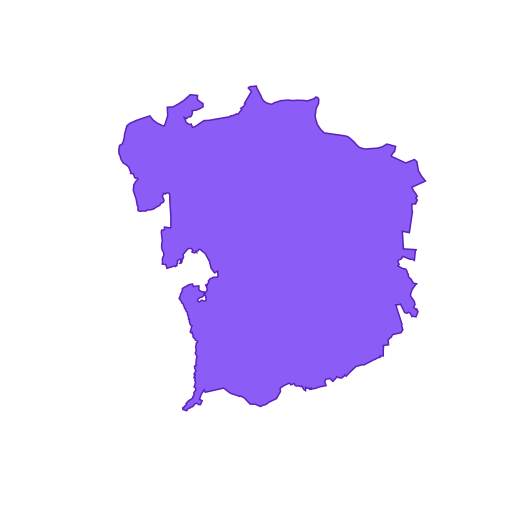 Uriu, Bistrita-Nasaud, Romania, rotated 204°
{"feature_id": "2599482B41912909280800", "entity_name": "Uriu", "entity_type": "district", "adm_level": 2, "iso_a3": "ROU", "parent_name": "Romania", "parent_adm1": "Bistrita-Nasaud", "projection": "albers", "projection_center": [24.088, 47.22], "detail": "fine", "context": "isolated", "style": "filled", "palette": "violet", "viewbox_px": 512, "rotation_deg": 204, "n_neighbors": 0, "source": "geoboundaries", "source_scale": "gbopen_adm2", "svg_char_len": 6122}
<svg xmlns="http://www.w3.org/2000/svg" viewBox="0 0 512 512"><g transform="rotate(204 256 256)"><path d="M331.4,406.3L327.1,404.5L328.6,391.0L327.8,390.9L328.1,387.9L329.9,384.7L328.6,384.3L330.1,378.4L330.6,378.0L331.4,378.1L334.1,375.0L336.1,373.7L337.3,371.8L338.2,371.0L338.5,371.3L354.3,360.7L358.6,358.6L364.1,349.7L366.4,347.6L368.8,350.2L370.1,349.0L374.0,349.6L377.9,353.4L375.2,353.3L374.6,355.1L373.7,356.3L372.4,356.5L372.0,358.0L372.2,360.6L373.4,362.8L370.1,364.8L367.3,367.7L365.0,370.8L366.5,373.7L369.5,374.1L373.3,375.2L374.7,378.9L381.7,376.6L385.0,369.1L389.0,362.9L392.6,358.3L397.6,355.9L393.7,348.2L392.6,338.0L393.7,337.1L400.8,337.2L405.6,338.5L410.0,340.8L420.6,331.1L425.2,325.8L426.9,322.5L425.7,314.2L424.5,310.4L423.8,306.4L424.0,303.5L425.6,301.6L424.7,297.6L422.6,293.4L421.4,292.7L418.4,289.2L415.2,287.0L411.5,286.5L408.3,285.4L405.9,282.8L404.5,281.9L404.3,280.5L403.9,280.4L401.4,281.2L398.8,278.3L397.6,278.1L396.5,279.0L395.2,278.4L396.1,275.5L396.6,271.5L394.8,266.0L388.6,259.2L384.9,253.7L383.8,253.2L382.7,250.1L381.9,249.4L379.4,249.9L378.2,250.9L374.8,252.3L373.7,254.3L372.8,254.4L370.5,255.7L369.4,256.6L368.9,257.5L368.4,257.6L367.2,259.8L364.6,263.0L364.3,264.0L364.6,264.5L364.4,265.2L362.5,267.6L362.6,269.1L363.2,270.1L365.8,272.4L366.0,275.7L364.1,275.7L363.2,277.4L360.8,278.0L359.5,276.3L358.4,274.2L358.1,273.1L349.8,257.3L345.7,248.3L345.5,246.9L351.4,245.2L350.5,242.9L350.9,242.1L352.7,241.3L352.3,239.4L347.5,231.2L347.3,229.3L345.7,225.4L344.2,223.4L342.3,222.0L341.0,220.4L340.4,218.5L340.6,216.6L340.1,214.6L338.9,212.4L338.4,210.5L334.8,211.5L332.4,208.5L326.0,214.0L325.4,213.6L324.3,215.2L325.2,216.4L324.7,217.3L325.0,218.3L326.0,219.5L324.8,221.4L323.6,222.5L322.8,221.1L322.5,218.4L321.5,219.1L321.3,221.0L321.8,221.9L321.7,225.3L322.1,226.2L323.1,227.1L323.1,228.2L321.1,234.9L319.1,236.3L318.0,236.3L315.9,235.7L316.3,233.8L315.4,233.5L313.3,234.0L312.7,234.8L311.7,235.0L312.8,235.7L311.6,237.2L311.2,237.1L310.7,238.8L310.2,239.4L303.2,237.5L296.2,232.0L292.1,226.6L287.0,223.7L285.0,226.5L282.3,221.9L283.3,220.6L285.9,219.5L288.6,216.6L289.4,214.0L288.4,212.0L289.2,210.2L288.6,209.4L288.6,208.9L290.7,209.4L288.2,207.3L287.0,205.8L286.8,203.6L287.4,202.3L287.1,199.7L285.1,198.4L285.0,197.7L283.8,195.8L283.7,194.4L284.9,193.7L287.7,193.6L289.0,191.0L291.1,191.0L291.3,192.1L290.8,194.7L288.3,196.8L287.8,198.0L287.7,199.4L288.1,201.2L288.6,202.0L289.1,202.1L290.1,201.5L293.6,201.4L294.9,202.6L295.3,204.0L296.1,205.5L300.7,202.7L302.6,204.6L305.7,202.4L309.8,196.8L310.0,195.9L309.1,194.1L309.4,190.1L308.8,188.4L309.1,186.9L308.8,185.9L308.4,186.1L308.0,185.4L306.3,184.5L304.5,182.9L302.8,182.5L302.4,181.7L300.6,180.2L300.1,179.2L299.3,179.0L297.1,177.0L296.3,177.0L295.4,175.9L294.5,174.3L293.2,173.5L292.0,170.9L290.9,170.8L290.4,169.2L288.7,167.1L287.3,166.2L286.2,166.3L285.3,161.0L285.4,160.3L284.9,159.7L284.4,159.5L283.5,160.3L283.0,160.0L283.0,159.4L282.5,158.9L281.3,158.3L280.9,156.9L280.0,156.0L278.6,155.7L276.8,154.5L274.6,154.4L274.5,152.9L275.1,152.2L274.4,149.5L273.8,147.7L272.5,146.2L272.4,145.3L271.9,144.4L272.0,142.6L270.8,141.5L269.1,140.6L268.4,136.6L267.6,135.3L267.3,133.6L266.9,133.2L266.6,132.1L266.0,131.6L267.3,130.6L267.3,130.2L266.5,128.7L264.2,126.6L264.6,123.5L264.2,122.5L263.2,122.9L263.1,122.5L263.3,120.0L263.1,119.5L262.0,119.9L261.2,117.3L259.9,116.1L259.6,114.0L259.1,113.3L259.1,112.6L259.5,111.4L257.2,110.4L256.4,109.0L257.0,107.3L257.2,105.8L256.0,103.7L256.4,102.4L256.2,100.0L258.6,96.5L259.9,92.8L259.3,92.5L259.2,90.9L260.2,89.8L260.2,88.4L261.0,88.0L261.1,87.3L260.5,86.2L259.4,86.1L256.4,86.5L255.9,89.1L254.3,90.5L254.2,91.2L252.6,92.6L252.2,93.5L252.0,95.3L251.2,96.7L249.9,97.3L247.6,97.0L246.3,97.6L246.3,102.0L249.3,102.0L249.8,107.2L248.9,112.7L246.9,110.9L231.8,122.2L224.7,120.4L222.1,120.3L215.0,121.1L214.3,120.8L213.2,121.6L209.5,121.8L201.1,118.3L196.5,120.3L190.8,120.3L188.5,122.8L186.9,124.0L185.5,126.1L185.1,127.2L179.3,134.1L178.5,142.2L180.2,144.9L178.0,148.7L174.2,153.1L173.7,153.4L171.7,152.5L169.2,155.1L167.8,153.7L166.3,153.6L164.2,154.8L162.0,154.9L161.2,155.8L158.2,153.6L156.0,153.1L157.0,156.3L156.0,155.9L154.5,156.7L153.7,156.4L152.2,157.5L152.4,156.2L151.1,156.9L149.8,158.2L149.0,158.3L147.6,159.5L145.3,161.8L139.3,166.1L142.0,169.0L142.2,171.8L138.7,174.1L134.7,172.7L133.2,177.3L133.1,178.6L130.9,178.5L128.0,179.4L128.0,180.2L126.9,181.3L126.5,183.4L126.0,182.9L124.5,183.1L124.5,183.6L123.1,187.6L119.8,195.6L115.1,199.6L113.0,200.5L106.8,208.3L104.5,210.8L104.1,211.8L101.4,214.0L102.1,214.9L99.1,216.5L101.4,221.7L102.6,225.1L103.4,226.0L98.8,228.8L101.0,232.8L100.9,234.1L100.3,234.9L100.4,235.7L99.4,236.8L99.3,239.7L92.2,245.0L91.9,248.5L94.6,251.6L94.7,252.8L108.5,268.3L105.8,269.5L104.5,270.9L97.3,264.9L94.9,265.0L93.6,266.7L92.5,266.7L90.7,265.7L89.0,264.0L88.3,264.7L85.1,265.5L85.3,271.0L87.6,272.9L87.8,272.0L91.2,273.4L91.0,276.4L92.9,278.9L98.4,282.2L99.1,283.5L99.7,288.0L99.4,290.7L98.8,293.6L98.0,295.9L101.0,295.2L102.6,296.1L105.0,298.0L106.5,298.3L108.1,299.1L108.9,299.7L108.9,300.5L109.9,301.6L111.0,302.3L111.9,303.6L113.8,304.9L117.4,304.2L122.4,304.7L121.8,306.4L124.4,309.3L124.4,309.9L122.0,312.5L121.7,315.4L113.9,315.7L111.3,316.7L109.5,316.4L112.3,324.8L112.3,326.9L124.2,322.5L132.4,338.1L125.4,339.7L131.2,360.4L132.2,361.4L134.7,366.9L131.4,368.4L131.9,369.8L131.2,370.2L131.6,371.4L131.3,372.7L133.6,374.0L132.9,376.0L134.8,377.5L138.9,379.9L141.6,382.2L131.7,393.4L137.3,396.3L142.2,399.8L147.3,407.5L150.5,408.6L157.1,401.9L173.0,402.1L173.1,403.5L172.8,405.4L172.3,407.4L171.9,407.6L173.0,412.9L182.0,411.5L184.9,407.3L188.8,404.0L200.0,398.0L205.7,397.2L209.5,398.5L212.6,400.0L219.1,402.1L221.2,402.3L223.6,401.9L243.8,396.2L248.2,397.8L253.5,401.1L258.0,406.4L259.1,408.6L261.0,415.0L260.9,420.9L262.5,424.9L264.2,425.9L266.1,425.5L267.0,423.2L272.5,418.3L274.5,418.0L282.3,414.8L285.8,412.8L289.7,411.7L296.2,408.2L301.6,403.5L303.0,401.4L304.2,400.7L308.7,400.1L312.4,400.9L314.7,402.4L316.5,404.3L323.2,409.5L324.9,411.4L330.7,408.0L331.4,406.3Z" fill="#8b5cf6" stroke="#5b21b6" stroke-width="1.5"/></g></svg>